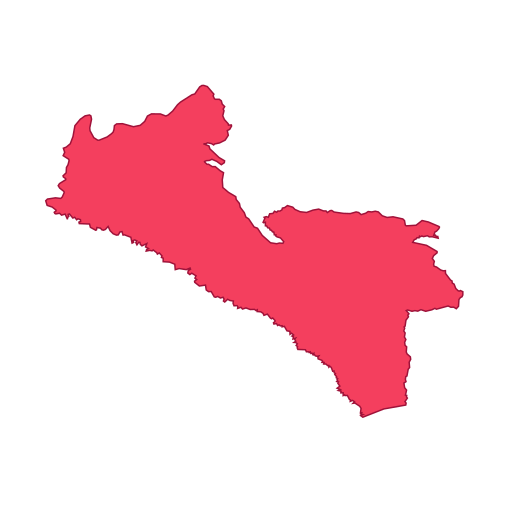 Piedras, Tolima, Colombia (Robinson projection), rotated 260°
{"feature_id": "7082276B38653982306093", "entity_name": "Piedras", "entity_type": "district", "adm_level": 2, "iso_a3": "COL", "parent_name": "Colombia", "parent_adm1": "Tolima", "projection": "robinson", "projection_center": [-74.942, 4.491], "detail": "fine", "context": "isolated", "style": "filled", "palette": "rose", "viewbox_px": 512, "rotation_deg": 260, "n_neighbors": 0, "source": "geoboundaries", "source_scale": "gbopen_adm2", "svg_char_len": 6096}
<svg xmlns="http://www.w3.org/2000/svg" viewBox="0 0 512 512"><g transform="rotate(260 256 256)"><path d="M395.6,85.0L391.3,85.6L388.3,83.5L383.9,88.3L382.4,88.5L378.5,86.7L376.1,84.7L370.9,83.5L368.5,79.9L367.3,80.0L365.2,82.0L364.2,81.9L361.5,75.1L359.6,73.4L356.9,74.5L353.0,78.0L351.7,78.1L347.7,75.4L346.6,73.7L348.1,68.6L348.3,60.5L346.9,58.5L342.1,59.1L339.6,63.8L336.0,67.0L335.2,67.0L334.1,64.9L332.8,65.3L332.2,66.2L332.2,70.0L330.0,71.6L330.4,75.3L324.9,76.7L326.7,77.1L327.5,78.5L329.6,78.2L329.8,79.6L325.2,82.2L325.6,84.2L322.8,85.7L323.6,87.1L322.3,89.4L320.5,89.3L320.1,87.5L318.6,87.6L316.4,97.6L313.0,97.9L309.2,102.6L309.4,103.4L311.7,104.3L310.4,107.7L308.6,108.7L307.9,110.3L308.3,112.3L310.8,115.5L306.3,116.7L302.7,119.2L300.8,122.2L300.7,124.0L303.3,126.2L303.3,128.3L299.7,128.7L299.7,130.1L296.2,136.0L290.2,136.2L290.7,137.9L292.5,137.5L292.9,139.3L291.6,141.3L290.1,140.0L287.7,140.7L289.9,142.9L289.6,144.0L287.6,144.1L285.8,145.4L287.2,150.6L284.1,148.8L282.1,151.4L281.2,149.3L279.9,148.7L280.0,152.3L279.1,154.6L279.8,155.8L276.5,158.8L275.0,159.2L275.8,161.3L272.5,163.4L271.0,162.6L270.0,164.2L266.5,163.6L265.0,169.8L262.0,174.6L256.6,174.1L257.0,178.1L254.7,184.9L255.6,189.0L254.3,189.2L253.5,186.8L251.1,185.9L249.2,187.6L250.2,189.8L246.9,193.5L244.8,192.0L243.1,193.5L241.9,191.1L240.7,191.1L236.3,195.0L236.1,201.2L231.2,201.1L229.1,203.1L228.8,205.7L223.0,207.8L222.4,209.1L222.8,211.3L220.8,213.7L221.1,216.4L219.1,217.1L217.3,216.1L216.1,217.2L218.3,220.6L216.7,222.6L215.6,225.9L213.5,225.2L210.8,225.7L210.4,228.8L209.2,229.3L207.6,228.8L208.1,232.3L206.1,233.5L206.6,237.1L204.3,241.0L203.7,245.2L202.3,246.5L202.8,247.9L201.1,247.5L200.2,251.0L198.3,253.0L196.2,253.5L196.8,257.1L192.4,259.4L191.5,260.4L192.0,261.7L189.2,263.5L188.2,263.3L187.2,261.6L185.9,261.8L185.9,264.5L183.8,265.2L184.2,266.7L183.0,267.8L182.8,269.6L181.7,269.4L181.8,271.7L176.9,273.5L175.9,276.3L173.0,275.9L173.8,277.6L171.7,279.3L170.9,277.5L170.0,278.8L167.8,278.0L168.2,280.6L167.2,279.6L165.2,280.4L164.3,278.5L163.9,280.1L162.4,281.5L160.9,280.0L159.6,281.2L158.4,280.6L156.7,281.0L155.1,288.4L152.9,289.0L152.5,291.3L151.7,291.6L152.2,292.8L150.5,293.1L150.6,294.3L149.4,294.8L150.0,295.9L148.7,295.5L148.9,296.3L147.3,297.1L146.6,298.8L146.7,300.5L145.6,299.4L143.9,299.3L141.8,302.8L140.8,303.3L139.8,302.5L139.3,304.6L137.9,303.9L137.4,306.2L135.6,307.5L135.6,308.6L133.9,308.5L134.6,309.6L133.1,310.8L129.2,311.5L129.2,312.9L127.5,312.7L126.4,313.8L125.6,313.0L123.2,314.4L122.2,313.9L121.1,315.1L120.4,314.4L119.4,314.8L118.4,313.7L117.7,315.4L116.4,314.5L113.3,316.0L111.7,312.9L109.8,315.8L109.2,313.8L108.1,316.3L106.5,315.8L106.1,318.1L103.4,317.6L103.8,319.2L103.1,319.5L102.8,321.8L98.5,323.1L97.8,324.1L96.5,323.6L97.0,326.1L95.3,327.7L94.1,326.0L94.0,327.9L90.0,332.1L87.6,333.0L83.4,331.6L83.3,332.8L82.2,331.8L81.3,333.8L80.6,331.4L78.7,333.2L83.2,355.4L83.2,377.6L85.1,378.3L86.7,377.4L89.8,380.4L91.2,379.7L92.5,380.2L93.0,379.0L97.8,381.0L100.5,379.5L105.2,379.6L106.2,381.9L108.7,381.7L111.3,382.6L111.6,383.8L118.0,386.2L119.5,387.9L124.8,388.4L127.4,390.4L129.9,390.5L133.3,387.8L135.3,387.3L140.4,388.6L142.1,387.3L145.2,387.4L147.8,389.1L150.4,388.1L154.3,389.5L156.5,388.5L159.1,389.9L160.4,389.5L161.1,390.7L166.7,392.5L169.7,395.6L171.4,395.2L172.5,396.6L176.2,394.5L176.5,396.0L174.5,400.0L174.6,403.0L173.6,405.8L174.5,409.1L172.1,413.5L172.5,419.9L173.4,423.1L172.3,424.4L173.4,436.5L171.7,439.0L171.3,441.8L169.3,444.1L171.3,446.7L177.9,448.3L179.6,450.1L180.1,451.8L181.7,452.9L184.9,453.5L186.5,451.3L186.1,450.1L186.7,449.0L189.3,447.1L193.9,446.2L195.3,444.6L197.4,444.7L198.5,443.4L205.9,439.6L208.7,440.0L208.9,437.8L210.2,435.4L213.8,431.9L215.0,429.6L217.1,429.5L219.8,430.7L222.9,429.2L225.5,431.0L227.7,434.9L229.0,435.1L236.9,425.8L242.2,412.7L244.6,414.7L244.9,416.5L246.1,417.8L245.6,419.7L247.1,420.4L246.4,421.0L246.9,422.8L246.0,424.3L246.2,428.3L244.8,429.9L244.3,433.0L241.9,438.5L243.7,438.4L243.9,436.9L245.4,436.4L245.6,434.7L248.6,436.4L249.1,438.1L251.2,440.8L252.6,441.7L253.3,441.3L259.6,431.6L262.1,425.7L258.5,419.0L259.6,409.2L260.5,408.4L265.1,408.4L267.0,407.0L270.8,397.8L271.2,391.8L273.7,387.3L278.2,384.1L279.4,381.2L279.3,377.6L280.3,374.2L279.1,371.5L278.5,366.7L281.0,364.7L282.0,362.2L281.4,356.2L282.8,349.5L285.7,340.6L287.7,338.5L287.8,337.0L286.4,333.8L288.2,332.8L288.7,330.2L291.3,325.9L291.3,320.1L290.1,313.4L291.9,307.2L295.1,302.4L297.7,300.7L300.2,295.7L298.7,292.7L298.6,290.3L296.9,289.5L296.1,287.3L296.5,285.3L295.5,284.0L296.9,282.0L295.0,280.1L295.2,276.8L292.0,274.8L293.0,273.0L292.7,270.7L291.6,271.3L287.9,268.8L287.4,269.3L287.6,271.1L284.1,270.5L283.7,271.8L281.8,272.4L281.1,274.1L279.2,274.4L278.6,275.7L276.9,276.4L276.5,277.7L273.7,277.7L273.3,279.3L272.4,278.9L271.2,280.0L269.6,283.2L265.3,285.8L263.8,284.7L264.7,281.3L264.5,278.5L266.5,272.6L275.2,265.7L283.1,262.3L284.9,259.2L293.9,255.2L296.1,252.8L300.7,252.0L306.8,248.9L310.6,248.8L315.1,246.3L317.9,246.4L323.4,240.0L329.2,235.2L336.8,236.0L343.7,238.5L346.3,235.4L351.1,231.4L351.6,228.4L354.6,225.2L354.8,223.7L357.5,221.7L358.0,221.7L358.5,223.7L358.2,226.7L358.9,229.4L356.0,233.8L351.9,237.7L353.4,241.0L355.2,241.6L359.4,236.7L369.5,229.2L372.5,228.8L375.6,223.7L375.3,226.2L375.9,227.9L374.4,231.7L372.7,233.6L373.5,234.6L373.7,239.8L375.5,245.8L379.7,249.7L384.5,249.5L385.3,252.1L388.2,254.5L389.3,254.5L389.7,251.6L391.0,251.6L395.8,248.6L399.8,247.6L404.6,249.7L406.4,249.2L408.6,251.1L411.5,249.1L414.8,248.8L416.7,247.1L417.4,243.1L418.2,242.3L421.1,241.6L422.7,242.6L431.3,237.5L433.1,234.1L433.3,232.3L432.3,229.9L426.2,223.8L425.9,220.9L420.7,208.4L418.6,205.0L413.2,199.1L410.1,193.9L409.5,191.5L412.5,186.5L414.1,177.7L412.7,173.4L407.9,169.8L404.8,164.7L404.6,157.8L409.5,147.5L410.3,141.7L409.0,139.2L405.2,138.1L402.8,136.8L401.5,134.9L399.1,130.1L397.3,121.7L397.5,120.3L400.7,116.8L408.2,114.3L411.0,114.5L419.3,117.8L422.7,117.7L423.8,116.5L423.7,112.0L421.2,106.7L415.8,100.3L405.4,96.5L398.8,92.6L396.2,88.1L395.6,85.0Z" fill="#f43f5e" stroke="#9f1239" stroke-width="1.5"/></g></svg>